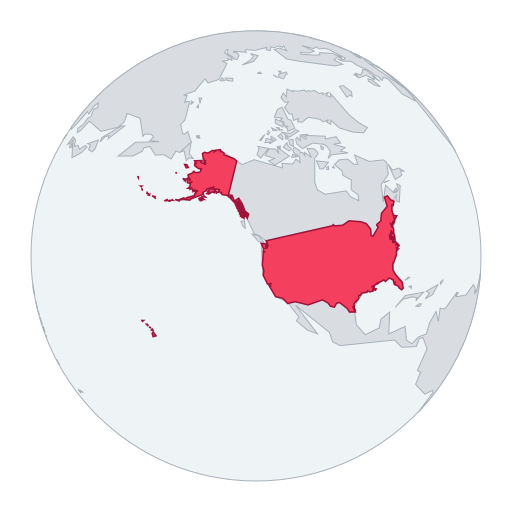 globe centered on United States of America
{"feature_id": "USA", "entity_name": "United States of America", "entity_type": "country or territory", "adm_level": 0, "iso_a3": "USA", "parent_name": "North America", "parent_adm1": "", "projection": "orthographic", "projection_center": [-126.716, 45.186], "detail": "fine", "context": "on_globe", "style": "filled", "palette": "rose", "viewbox_px": 512, "rotation_deg": 0, "n_neighbors": 0, "source": "natural_earth", "source_scale": "50m", "svg_char_len": 16007}
<svg xmlns="http://www.w3.org/2000/svg" viewBox="0 0 512 512"><circle cx="256" cy="256" r="225" fill="#eef3f6" stroke="#a8b0b8"/><path d="M82.5,391.8L83.0,392.9L82.9,392.8L82.5,391.8ZM418.2,412.4L432.9,392.6L432.7,390.3L424.7,394.1L415.7,384.4L420.4,372.3L417.4,370.4L427.1,348.7L423.0,337.7L419.2,338.7L416.3,346.5L401.7,347.3L394.6,340.0L340.3,345.6L332.7,341.9L329.4,332.4L295.6,305.2L317.5,333.8L307.3,330.1L296.3,320.7L299.0,317.1L286.9,301.6L275.7,296.6L262.9,275.0L261.3,244.1L267.0,248.2L266.0,240.8L258.7,235.4L254.2,233.8L240.8,204.9L217.8,190.2L207.2,193.9L212.1,186.9L189.8,200.4L175.1,200.1L193.8,195.4L197.3,191.2L188.4,188.2L190.1,183.3L186.8,179.3L189.6,173.9L200.2,172.1L202.3,168.7L195.8,166.9L194.6,160.7L203.7,163.8L202.5,153.5L220.1,149.9L242.2,164.6L254.1,159.7L282.5,167.9L282.1,163.3L292.6,164.1L295.9,159.2L300.3,162.6L299.2,155.9L294.6,153.7L292.7,150.2L294.2,147.2L300.0,150.9L300.1,152.9L302.6,152.5L304.8,155.6L304.6,152.4L311.4,157.5L307.0,148.3L314.5,148.9L318.3,153.4L314.7,158.3L314.8,182.8L317.6,189.9L325.2,194.3L346.1,190.9L350.6,196.8L358.9,200.8L358.0,194.8L351.1,189.6L351.4,180.0L343.0,175.4L341.9,171.0L334.5,164.5L339.1,159.9L347.6,159.0L353.9,164.3L357.8,164.3L354.6,155.0L369.1,161.4L383.4,159.9L386.7,162.5L388.3,174.4L381.2,184.6L383.2,202.0L385.5,185.3L393.9,192.8L396.8,192.0L398.4,188.7L396.6,183.8L400.2,185.5L399.3,202.1L396.0,200.8L396.3,195.4L393.0,200.5L392.5,212.7L396.8,216.0L391.5,232.3L394.5,235.1L395.0,240.4L390.5,234.8L398.4,245.5L392.8,269.0L403.4,288.2L389.2,278.0L381.7,280.8L373.6,286.4L375.2,289.6L362.2,293.9L354.0,306.7L356.4,324.8L365.2,334.7L379.2,328.0L380.9,319.1L389.7,312.1L388.8,334.0L405.1,326.4L406.5,340.3L412.0,343.7L418.8,336.7L426.3,334.0L429.8,322.4L436.1,311.4L438.3,321.4L440.2,308.2L444.9,309.0L456.3,293.2L456.0,296.8L466.0,295.0L473.4,284.5L475.2,287.8L474.6,294.0L476.4,289.6L476.4,292.3L480.6,273.0L480.7,272.7L478.7,290.0L475.4,307.0L470.9,323.7L465.0,340.1L457.9,355.9L449.6,371.1L440.2,385.7L429.7,399.5L418.2,412.4ZM152.8,336.8L153.1,331.9L156.0,335.9L152.8,336.8ZM151.2,328.4L151.5,330.2L150.8,328.6L151.2,328.4ZM149.3,326.8L150.7,328.0L149.0,327.2L149.3,326.8ZM146.6,325.4L148.1,326.0L147.9,326.1L146.6,325.4ZM405.3,295.6L423.7,292.1L415.8,300.8L416.9,297.6L411.7,297.0L402.8,299.3L395.2,307.4L405.3,295.6ZM142.9,321.5L142.0,320.4L143.5,320.5L142.9,321.5ZM407.8,278.9L404.8,280.4L407.4,278.1L407.8,278.9ZM251.9,234.0L258.4,235.9L264.3,242.8L258.7,241.7L251.9,234.0ZM240.9,221.4L244.4,220.7L245.3,228.3L243.0,226.3L240.9,221.4ZM199.2,198.1L204.2,199.3L198.8,199.9L199.2,198.1ZM185.8,179.7L183.9,181.0L183.0,178.4L185.8,179.7ZM332.5,167.5L333.5,166.1L334.4,168.0L332.5,167.5ZM328.4,166.3L328.6,169.6L326.7,169.5L326.6,167.4L328.4,166.3ZM186.4,167.8L185.6,163.5L188.3,167.5L186.4,167.8ZM328.5,162.2L323.2,169.0L319.8,168.8L316.5,160.9L328.5,162.2ZM186.3,160.7L184.1,150.7L179.6,152.5L191.2,142.1L189.2,153.8L193.2,158.4L188.8,157.9L186.3,160.7ZM292.5,154.4L297.5,156.5L291.9,157.5L292.5,154.4ZM289.4,156.0L275.1,165.1L268.6,160.9L274.7,158.5L265.1,155.5L268.9,148.9L275.1,149.0L278.5,153.0L277.4,147.5L289.4,156.0ZM197.9,138.2L199.0,135.7L199.9,138.0L197.9,138.2ZM291.4,148.8L289.1,150.9L283.3,147.3L286.9,142.5L287.6,145.2L291.4,148.8ZM260.7,158.1L257.0,154.8L259.1,148.5L257.9,146.4L268.5,148.4L260.7,158.1ZM289.7,144.5L288.8,140.2L293.0,139.3L293.3,146.6L289.7,144.5ZM280.3,148.5L277.7,146.6L280.3,146.0L280.3,148.5ZM307.3,134.3L304.7,136.6L301.4,134.8L307.3,134.3ZM288.2,138.7L286.8,139.1L285.2,138.7L285.5,135.8L288.2,138.7ZM269.2,143.9L270.9,142.1L265.0,142.7L266.3,138.3L273.1,140.5L270.8,137.7L271.2,136.3L276.3,139.7L269.2,143.9ZM281.0,132.0L290.1,133.7L295.7,129.7L298.8,131.1L289.2,137.3L281.0,132.0ZM277.8,136.2L280.5,133.8L282.9,136.5L282.6,139.8L277.8,136.2ZM264.8,134.5L261.0,140.8L259.6,140.1L264.8,134.5ZM282.2,130.2L279.9,129.9L282.3,129.6L282.2,130.2ZM269.6,132.5L268.4,134.7L266.9,133.9L269.6,132.5ZM276.5,127.4L279.4,127.9L279.3,130.1L276.5,127.4ZM272.9,129.3L271.1,127.6L277.5,130.6L272.7,130.4L272.9,129.3ZM268.4,131.4L267.1,131.6L269.1,130.5L268.4,131.4ZM275.3,119.1L283.3,122.3L283.0,127.0L275.3,123.2L275.3,119.1ZM455.6,151.6L452.8,146.7L413.0,96.8L407.7,90.5L379.9,67.9L377.0,66.0L378.3,66.8L391.9,76.3L404.7,86.8L416.7,98.2L427.9,110.4L438.1,123.4L447.4,137.2L455.6,151.6ZM295.5,34.2L301.3,35.4L293.4,34.2L304.9,36.4L302.3,35.6L309.5,37.2L312.3,38.1L309.4,37.5L315.3,39.2L327.7,42.5L327.2,42.3L351.4,51.9L351.8,52.1L349.4,51.1L357.4,57.0L361.5,58.5L354.3,53.3L357.8,55.1L362.4,57.4L363.1,57.8L361.9,57.3L368.7,63.3L382.4,72.8L404.8,88.4L411.8,95.5L415.4,101.1L402.3,94.0L388.2,79.2L383.3,77.3L382.0,80.6L377.8,76.1L375.5,75.9L369.7,71.0L357.4,65.5L351.0,61.3L342.1,61.0L337.6,59.0L344.1,59.6L345.2,58.1L328.6,49.4L324.2,48.3L319.8,49.0L315.7,46.8L313.6,48.7L302.1,45.6L314.3,51.2L309.5,53.0L300.3,52.5L300.9,54.3L315.8,55.2L319.8,54.8L319.6,52.7L332.3,53.4L338.9,56.1L333.9,59.8L342.7,64.3L335.0,65.9L299.6,61.3L286.8,59.0L274.3,49.5L279.6,48.1L286.7,50.7L283.8,45.9L282.3,47.4L278.9,45.9L273.5,47.8L270.8,46.9L270.1,50.7L266.2,49.7L266.8,47.4L255.4,50.3L246.3,49.7L245.0,50.9L246.2,52.3L233.9,51.2L233.5,52.1L237.3,52.8L239.0,55.3L237.2,59.5L233.0,58.8L233.1,57.2L227.1,53.2L228.0,49.5L226.2,49.8L224.4,52.9L231.7,57.6L231.8,60.4L227.5,58.2L229.0,59.2L227.8,60.4L222.6,61.1L227.0,63.6L218.7,79.5L207.9,83.0L205.0,78.9L194.8,91.0L183.5,95.1L187.1,95.6L184.6,102.4L188.1,101.2L189.6,102.0L184.9,120.2L180.6,124.4L182.6,133.8L184.5,134.2L187.8,131.5L191.2,142.1L179.6,152.5L176.0,151.0L171.2,159.0L163.7,154.7L155.3,155.1L149.9,146.4L143.7,148.0L142.5,151.1L133.3,155.9L118.2,156.1L135.5,142.3L159.2,141.7L150.0,140.5L153.6,137.0L151.2,134.3L144.6,134.1L142.9,136.4L140.1,118.3L127.2,113.3L124.4,121.7L118.1,127.2L101.0,131.4L89.3,121.1L80.8,130.3L77.3,132.7L78.0,128.2L83.2,124.5L88.0,118.0L90.8,116.9L93.7,109.2L97.8,107.4L98.1,102.8L93.1,107.1L89.0,114.1L87.4,111.6L77.5,123.0L71.4,129.1L71.3,127.0L80.9,114.2L91.5,102.1L102.8,90.8L114.9,80.4L127.8,70.8L141.2,62.1L155.3,54.5L169.9,47.8L184.9,42.2L200.2,37.7L215.9,34.3L231.7,32.0L247.7,30.9L263.7,30.9L279.7,32.0L295.5,34.2ZM430.2,113.6L432.1,115.7L430.2,113.6ZM260.3,30.8L256.7,30.7L256.6,30.9L261.6,31.0L274.4,31.5L260.3,30.8ZM456.6,292.6L458.3,292.7L456.6,295.3L456.6,292.6ZM416.0,306.2L419.3,303.7L421.5,303.9L419.2,306.6L416.0,306.2ZM440.3,282.2L443.4,279.6L440.7,284.2L440.3,282.2ZM426.3,291.2L437.8,284.7L432.6,294.7L425.1,298.9L429.5,293.4L426.3,291.2ZM409.0,286.6L411.3,285.7L411.5,288.3L409.0,286.6ZM409.7,277.3L409.0,278.2L407.3,277.3L409.7,277.3ZM393.9,191.8L394.1,190.5L396.3,188.0L396.5,190.8L393.9,191.8ZM398.7,168.1L404.4,171.4L400.4,170.8L401.9,175.1L395.3,179.5L388.1,164.1L392.5,170.1L398.7,168.1ZM384.6,181.9L389.6,180.3L384.4,182.6L384.6,181.9ZM368.5,81.2L367.9,78.8L372.2,80.0L380.4,86.7L374.3,84.9L368.5,81.2ZM366.1,75.3L358.9,77.9L353.5,74.3L357.8,75.8L354.9,73.1L361.0,74.9L362.9,69.5L366.8,70.3L379.8,81.4L373.4,77.2L374.3,79.6L366.1,75.3ZM350.0,95.0L346.9,97.2L339.3,86.3L343.2,85.6L351.6,91.8L352.0,96.4L350.0,95.0ZM323.6,147.5L322.9,149.9L321.3,148.8L320.6,145.8L323.6,147.5ZM306.3,135.5L325.1,136.2L325.3,138.9L336.1,136.7L340.7,143.0L333.5,144.1L345.1,147.6L340.4,151.1L348.3,152.9L331.8,154.7L328.1,158.4L330.5,151.7L326.4,145.8L323.6,144.3L312.6,143.1L302.5,148.6L296.9,144.0L295.6,139.3L297.1,137.2L300.3,140.8L300.1,135.5L305.9,139.2L306.3,135.5ZM283.4,93.0L286.5,96.9L287.0,89.0L292.8,91.7L292.5,90.7L298.0,91.2L304.2,90.0L306.3,91.9L307.8,90.7L311.5,91.2L314.2,90.3L319.0,93.5L322.8,92.7L322.9,94.7L328.1,92.5L326.4,95.6L331.0,96.9L330.2,93.2L349.4,115.1L358.8,122.7L367.5,127.6L363.5,132.9L352.7,132.0L339.4,128.0L331.0,120.3L330.7,124.3L326.5,121.9L328.5,119.7L323.0,121.8L320.1,119.3L308.3,117.2L302.1,122.2L297.6,121.7L298.6,118.5L293.5,120.4L292.3,114.2L289.0,113.8L284.6,107.6L288.4,102.0L284.5,102.1L280.9,97.7L283.4,93.0ZM274.3,117.2L277.4,109.4L282.2,107.2L287.9,119.1L291.0,120.3L294.8,128.3L287.9,131.4L287.4,128.8L285.4,127.0L288.4,126.7L284.4,125.6L283.7,122.0L280.4,120.3L282.3,118.2L274.3,117.2ZM369.9,61.6L371.6,62.7L369.0,61.1L364.4,58.5L364.6,58.6L369.9,61.6ZM376.6,66.8L373.9,65.0L376.5,66.0L379.2,67.9L376.6,66.8ZM370.2,63.5L373.5,64.9L373.4,65.2L370.2,63.5ZM341.4,58.3L338.3,56.9L338.8,56.4L341.5,56.9L341.4,58.3ZM286.3,72.0L287.3,74.1L285.9,74.3L283.5,78.8L279.0,77.4L278.7,74.1L286.3,72.0ZM281.1,71.2L280.6,73.1L278.7,71.2L281.1,71.2ZM275.6,76.6L273.0,74.8L278.2,77.7L275.6,76.6ZM66.9,134.5L63.6,139.0L63.0,139.8L66.2,134.9L66.9,134.5ZM242.2,65.0L250.5,60.1L253.5,56.3L250.5,53.5L258.2,55.7L253.6,61.5L242.2,65.0ZM222.0,77.6L224.7,80.5L221.2,81.1L220.1,80.5L222.0,77.6ZM225.2,78.0L232.8,78.3L232.8,81.2L226.8,80.4L225.2,78.0ZM257.1,73.5L259.9,72.0L261.4,73.5L257.1,73.5ZM78.6,389.6L81.2,393.1L78.7,390.6L78.6,389.6ZM82.9,392.8L79.9,390.0L82.5,391.8L82.9,392.8ZM58.0,361.8L59.5,364.7L59.1,364.2L58.0,361.8ZM57.1,360.3L56.9,359.3L57.9,361.6L57.1,360.3ZM46.1,335.4L46.3,335.6L46.9,337.2L46.1,335.4ZM44.4,330.7L42.9,327.0L42.7,326.1L44.4,330.7ZM43.7,328.1L43.2,326.0L45.2,332.3L43.7,328.1ZM40.2,317.5L42.5,324.8L40.1,317.3L40.2,317.5ZM39.4,315.3L38.2,311.0L38.2,310.7L39.4,315.3ZM35.9,301.2L37.7,309.1L37.7,309.5L37.0,306.8L35.9,301.2ZM32.8,286.6L33.6,290.4L34.2,293.0L33.7,292.7L33.3,289.9L32.8,286.6ZM32.8,284.1L33.8,289.8L34.7,295.7L32.8,284.1ZM69.5,146.2L72.4,143.3L71.7,147.0L69.9,148.0L69.5,146.2ZM72.0,157.7L72.5,147.1L73.3,139.2L71.0,143.0L67.6,144.3L73.2,136.8L75.6,139.8L74.3,146.5L78.0,145.2L79.4,149.3L85.2,145.5L87.1,147.0L81.4,152.7L72.0,157.7ZM87.7,143.7L98.3,140.1L95.1,149.0L92.1,151.8L88.6,149.6L90.5,144.9L87.7,143.7ZM99.9,141.9L101.8,137.6L121.4,126.0L124.8,125.9L108.2,138.7L109.1,135.4L104.9,136.9L99.9,141.9ZM196.5,135.8L198.7,135.7L196.7,137.4L196.5,135.8ZM191.6,101.1L193.4,102.5L190.9,104.2L191.6,101.1ZM196.9,107.5L198.4,104.5L198.5,107.9L196.9,107.5ZM201.6,98.1L199.9,103.5L199.0,98.0L201.6,98.1Z" fill="#d9dde1" stroke="#a8b0b8" stroke-width="1"/><path d="M381.5,213.3L387.2,206.3L384.4,197.1L387.4,195.9L390.7,199.9L394.0,201.2L393.1,205.5L392.0,205.0L391.8,210.2L393.5,215.7L396.7,215.8L395.2,218.5L394.1,218.0L394.8,219.5L392.6,222.2L391.8,225.7L391.4,224.5L390.8,224.0L391.8,226.8L392.6,226.8L393.6,228.9L393.8,232.7L391.5,232.3L391.4,230.0L391.1,231.9L392.5,233.4L393.7,233.9L394.5,235.0L395.1,240.6L394.2,237.6L391.4,236.2L390.8,232.8L389.9,234.8L392.6,238.3L390.6,238.2L390.2,238.7L389.9,237.1L389.7,236.8L389.8,238.1L390.2,239.0L393.1,238.8L390.9,239.3L393.6,239.9L392.8,240.9L394.6,241.6L394.5,242.0L393.6,241.6L392.1,242.3L394.5,242.4L395.4,241.5L398.3,244.3L396.0,242.3L397.2,243.8L395.2,245.1L397.8,244.6L397.9,247.0L395.8,247.9L397.3,247.8L396.8,249.4L398.2,249.1L396.4,251.2L396.6,254.7L392.6,264.6L393.0,270.2L395.4,274.4L402.3,282.3L403.2,288.3L401.7,289.8L399.2,288.0L398.0,285.9L394.8,284.7L395.1,282.9L394.1,283.7L393.2,279.8L389.2,278.0L385.4,281.5L383.9,279.9L379.7,282.2L379.9,281.1L379.5,282.3L377.7,283.8L377.1,282.2L377.2,283.5L371.4,287.1L374.2,286.5L373.8,288.5L376.3,288.9L375.5,290.2L372.7,289.4L373.1,291.0L369.9,291.9L367.6,290.8L366.9,292.3L361.9,292.9L359.9,296.2L360.4,295.4L358.8,295.4L358.8,298.4L356.4,301.3L355.0,301.0L355.9,301.7L354.0,303.7L353.9,306.9L352.8,306.9L355.4,312.0L349.5,312.1L347.3,308.6L339.7,302.6L336.6,303.2L334.4,307.2L330.4,306.2L328.0,303.0L322.4,299.9L308.0,304.9L295.4,301.7L287.6,303.5L282.7,298.3L275.6,296.7L269.1,285.6L270.5,285.8L269.6,283.8L272.0,283.4L267.5,284.0L263.2,275.3L263.8,270.5L262.3,265.2L263.4,251.8L265.5,252.0L263.2,251.6L263.7,248.9L261.2,243.4L266.3,244.1L265.5,247.1L267.0,245.0L267.0,247.4L265.9,248.1L266.7,248.2L267.6,247.1L267.8,244.6L266.1,240.8L333.4,225.5L332.8,224.2L334.9,225.9L342.8,225.2L349.0,220.8L360.8,221.7L366.3,223.6L370.6,229.0L371.1,235.3L372.9,236.3L378.2,227.1L376.6,225.1L377.0,224.2L380.7,221.0L381.5,213.3ZM248.7,214.0L247.3,218.3L246.3,216.7L247.0,216.1L246.5,213.1L244.8,213.9L244.0,215.0L245.4,212.6L243.0,209.2L241.6,208.6L241.4,206.8L242.5,207.2L241.8,206.1L242.5,206.0L240.8,205.1L241.3,203.4L239.5,203.5L238.8,199.7L238.7,204.2L237.2,203.4L237.0,200.9L236.7,202.0L235.3,200.8L236.9,203.2L235.6,203.8L230.2,198.0L231.0,196.6L231.2,197.9L231.9,197.2L231.2,196.4L229.1,197.2L227.5,195.3L222.3,194.7L221.2,193.2L221.9,192.0L220.6,192.9L218.6,191.0L219.4,189.6L215.8,188.9L214.6,190.8L215.8,191.2L214.3,192.8L212.7,191.8L208.7,194.1L206.9,193.4L209.3,192.1L207.8,191.6L210.2,188.5L214.3,189.2L213.0,187.7L214.5,186.8L206.5,189.1L206.7,190.4L202.7,192.4L203.5,194.3L190.6,198.9L189.8,200.1L183.4,199.1L178.6,200.1L183.6,197.9L186.0,199.5L186.9,197.7L194.1,195.9L194.8,193.8L195.8,193.7L195.6,192.6L198.1,190.6L194.7,191.4L194.6,190.4L195.6,190.3L194.3,189.7L193.0,191.6L191.8,188.2L188.0,188.2L189.8,187.0L190.8,182.4L192.4,181.5L190.4,182.3L190.0,183.3L187.5,182.8L186.8,179.1L188.4,178.5L189.4,180.3L190.3,179.4L188.0,178.1L188.8,177.7L188.0,174.9L191.9,173.3L193.9,171.2L195.2,172.6L199.8,172.3L200.9,170.4L200.6,169.4L202.1,168.6L198.7,168.7L194.6,165.6L194.9,163.2L196.2,163.4L194.6,160.8L201.2,160.5L202.2,160.9L202.2,161.1L200.9,162.0L201.1,162.6L204.7,164.0L204.1,162.9L204.2,160.8L204.6,160.8L204.6,162.8L206.2,163.8L204.7,161.9L205.5,160.9L203.5,159.5L202.5,153.5L204.4,152.3L208.0,153.1L212.3,150.5L214.8,150.6L214.4,151.7L215.5,151.2L214.9,150.5L215.7,150.2L220.4,149.7L220.8,151.0L219.9,151.8L221.5,151.4L224.1,153.3L223.9,154.7L234.2,158.8L236.7,161.0L228.5,194.8L232.1,195.3L234.4,201.1L238.7,198.2L242.3,203.9L245.0,211.1L248.7,214.0ZM201.4,197.2L204.0,199.3L202.5,199.1L202.8,199.8L201.5,199.9L200.3,200.2L199.5,201.0L200.1,200.4L198.9,198.5L200.5,197.8L200.8,199.3L201.4,197.2ZM241.1,211.8L243.9,215.3L243.1,214.8L242.8,215.3L244.2,216.4L244.0,218.3L240.6,213.9L241.7,213.5L240.6,213.2L241.1,211.8ZM153.2,336.6L152.1,333.5L153.2,331.9L156.0,335.8L153.2,336.6ZM184.6,164.5L187.0,164.8L188.3,167.5L186.2,167.8L184.6,164.5ZM235.6,204.9L238.9,205.1L238.0,206.0L238.7,207.1L237.5,206.3L236.6,207.1L235.6,204.9ZM185.3,179.0L185.1,181.0L183.0,178.4L183.9,178.9L185.3,179.0ZM237.6,206.8L239.0,210.1L238.6,212.0L237.5,207.9L236.6,208.7L237.6,206.8ZM239.1,203.8L240.4,204.8L241.1,206.8L240.2,205.2L240.8,207.8L239.5,208.9L239.1,203.8ZM175.2,199.5L178.5,200.1L178.8,200.9L175.2,199.5ZM246.0,213.6L246.0,216.5L244.6,216.4L246.0,213.6ZM393.9,222.4L394.8,221.1L392.0,226.1L394.0,221.5L393.9,222.4ZM240.5,209.1L242.6,209.8L241.8,209.9L242.0,211.3L240.5,209.1ZM167.6,200.6L171.6,200.2L169.7,201.2L167.6,200.6ZM204.0,195.9L205.4,197.1L202.6,196.7L204.0,195.9ZM239.6,209.7L240.9,210.6L239.6,212.7L239.6,209.7ZM167.3,200.4L165.7,200.8L164.3,200.8L167.1,199.5L167.3,200.4ZM243.7,211.4L243.6,213.5L242.9,212.5L243.7,211.4ZM151.5,330.1L152.2,329.0L153.0,330.1L151.5,330.1ZM154.2,197.0L152.0,195.9L154.8,196.5L154.2,197.0ZM241.7,216.2L242.4,218.3L241.0,215.8L241.7,216.2ZM147.4,324.2L148.2,326.0L146.4,324.2L147.4,324.2ZM215.9,193.6L217.0,192.1L217.4,192.4L215.9,193.6ZM137.5,176.3L138.4,177.0L138.4,177.9L137.5,176.3ZM143.5,320.5L142.5,321.3L142.0,320.5L143.5,320.5ZM149.7,194.2L149.5,195.3L148.4,195.0L149.7,194.2ZM147.9,193.4L146.9,193.3L147.2,192.5L147.9,193.4ZM175.7,172.1L176.4,173.1L176.4,173.6L175.7,172.1ZM218.3,191.9L219.1,192.4L218.0,192.1L218.3,191.9ZM243.1,211.6L242.5,212.2L242.3,211.8L243.1,211.6ZM240.4,215.0L241.4,215.1L240.5,215.9L240.4,215.0ZM154.4,197.2L155.4,198.1L155.9,198.6L154.5,197.7L154.4,197.2ZM149.1,327.2L150.2,327.3L151.0,327.8L149.1,327.2ZM149.0,193.8L147.5,193.9L149.0,193.8ZM266.7,243.2L267.4,244.7L267.4,244.9L266.4,243.8L266.7,243.2ZM172.9,200.2L172.2,200.1L172.3,199.7L172.9,200.2ZM355.7,310.8L354.4,308.7L354.2,307.4L354.6,308.7L355.7,310.8ZM190.0,189.4L189.8,188.9L190.7,188.8L190.0,189.4ZM142.3,189.3L142.2,190.6L142.0,188.9L142.3,189.3ZM201.8,200.4L201.1,200.7L201.0,200.4L201.4,200.0L201.8,200.4ZM141.3,186.5L140.7,186.1L141.8,186.1L141.3,186.5ZM354.3,306.0L354.1,307.2L354.6,304.7L354.3,306.0ZM400.1,279.6L401.4,281.2L400.0,279.5L400.1,279.6ZM399.1,245.4L399.1,246.5L398.5,244.4L399.1,245.4ZM394.7,235.9L394.9,237.3L394.6,235.5L394.7,235.9Z" fill="#f43f5e" stroke="#9f1239" stroke-width="1.5"/></svg>